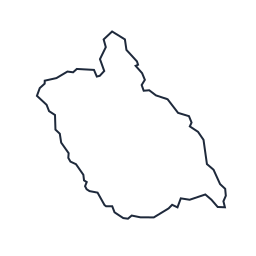 map outline of Omagh (orthographic projection), rotated 78°
{"feature_id": "GBR-2084", "entity_name": "Omagh", "entity_type": "District", "adm_level": 1, "iso_a3": "GBR", "parent_name": "United Kingdom", "parent_adm1": "", "projection": "orthographic", "projection_center": [-7.284, 54.591], "detail": "fine", "context": "isolated", "style": "outline", "palette": "slate", "viewbox_px": 256, "rotation_deg": 78, "n_neighbors": 0, "source": "natural_earth", "source_scale": "10m", "svg_char_len": 1026}
<svg xmlns="http://www.w3.org/2000/svg" viewBox="0 0 256 256"><g transform="rotate(78 128 128)"><path d="M36.3,133.4L30.3,123.5L40.7,112.6L51.3,113.3L64.7,105.4L68.2,105.0L68.8,107.6L77.3,102.8L84.4,101.5L88.8,105.7L94.8,104.9L95.5,99.4L101.9,93.9L108.1,83.3L123.6,75.9L129.1,65.9L135.9,64.7L139.3,67.2L146.3,60.3L155.3,56.6L179.7,58.3L186.6,53.0L202.0,49.6L207.7,45.6L214.6,46.4L219.5,49.9L225.7,49.7L223.9,56.7L215.5,61.3L209.1,66.2L211.0,82.6L207.8,91.0L215.9,96.1L212.3,100.8L215.1,105.0L220.8,121.3L218.0,134.3L214.4,142.6L216.7,146.9L215.1,151.4L207.7,158.7L201.3,159.7L200.0,165.7L198.5,167.0L184.9,171.2L181.7,178.8L179.3,181.2L176.0,182.1L172.3,179.6L170.1,181.9L164.5,181.4L152.6,186.4L148.9,191.3L144.8,192.6L140.3,191.3L128.4,196.4L119.4,195.9L114.5,199.3L100.1,196.7L95.1,201.7L88.4,202.8L77.6,210.4L70.6,206.0L67.3,200.3L64.4,199.6L64.3,187.6L60.2,175.5L62.1,170.1L59.6,165.8L64.1,149.2L71.2,147.8L71.1,144.8L67.3,139.4L54.8,141.1L44.3,132.9L36.3,133.4Z" fill="none" stroke="#1e293b" stroke-width="2"/></g></svg>